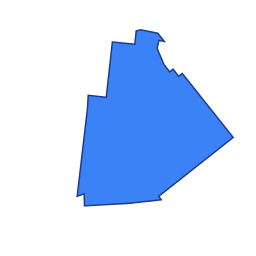 outline of Pulaski, Georgia, United States of America, rotated 231°
{"feature_id": "52423323B9618311815094", "entity_name": "Pulaski", "entity_type": "district", "adm_level": 2, "iso_a3": "USA", "parent_name": "United States of America", "parent_adm1": "Georgia", "projection": "orthographic", "projection_center": [-83.432, 32.254], "detail": "fine", "context": "isolated", "style": "filled", "palette": "blue", "viewbox_px": 256, "rotation_deg": 231, "n_neighbors": 0, "source": "geoboundaries", "source_scale": "gbopen_adm2", "svg_char_len": 449}
<svg xmlns="http://www.w3.org/2000/svg" viewBox="0 0 256 256"><g transform="rotate(231 128 128)"><path d="M51.3,108.7L55.6,108.8L54.5,203.8L136.3,204.5L136.3,199.9L145.4,200.1L145.4,195.7L154.6,195.9L171.6,200.7L176.6,207.1L172.4,210.7L182.9,210.8L196.3,199.7L198.3,195.5L188.8,186.0L204.7,170.0L165.5,130.4L178.4,117.7L168.4,108.5L106.9,45.5L104.5,52.5L94.9,45.2L68.4,82.0L51.3,108.7Z" fill="#3b82f6" stroke="#1e3a8a" stroke-width="1.5"/></g></svg>